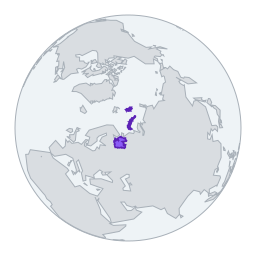 Arkhangel'sk highlighted on a globe, orthographic projection
{"feature_id": "RUS-2354", "entity_name": "Arkhangel'sk", "entity_type": "Region", "adm_level": 1, "iso_a3": "RUS", "parent_name": "Russia", "parent_adm1": "", "projection": "orthographic", "projection_center": [52.194, 71.252], "detail": "fine", "context": "on_globe", "style": "filled", "palette": "violet", "viewbox_px": 256, "rotation_deg": 0, "n_neighbors": 0, "source": "natural_earth", "source_scale": "10m", "svg_char_len": 16443}
<svg xmlns="http://www.w3.org/2000/svg" viewBox="0 0 256 256"><circle cx="128" cy="128" r="113" fill="#eef3f6" stroke="#a8b0b8"/><path d="M70.5,31.1L84.0,24.3L87.8,22.9L89.5,22.7L106.4,20.6L95.4,20.7L100.4,19.6L106.0,19.1L104.7,19.7L110.8,20.3L116.4,20.3L122.9,23.4L123.9,30.0L121.0,29.2L121.6,31.0L125.3,32.2L127.5,32.6L134.5,41.3L146.1,47.4L151.4,46.9L149.0,49.0L160.1,46.7L167.4,49.0L158.1,47.9L156.4,48.9L160.9,51.2L160.1,52.8L161.8,54.9L160.4,56.6L155.1,56.0L154.1,57.1L157.3,58.7L158.0,61.5L153.4,59.0L154.1,63.8L145.3,63.8L134.1,56.3L128.2,58.2L113.9,55.8L114.2,57.7L109.0,58.2L107.3,60.6L105.2,59.6L105.7,62.4L108.1,62.9L109.1,64.4L108.3,65.9L105.4,64.8L105.4,63.9L104.1,64.4L103.0,63.2L103.1,64.6L99.7,63.2L101.9,66.9L98.2,67.6L96.3,66.0L98.0,63.3L97.7,53.1L96.3,50.9L92.5,50.4L82.1,55.6L79.8,54.4L75.6,55.0L76.2,56.9L79.6,57.2L79.5,61.0L83.8,61.0L84.4,62.6L88.1,63.9L85.9,66.9L81.7,69.1L78.5,68.3L76.5,69.3L78.2,72.8L71.0,73.8L63.9,79.3L62.2,79.3L61.3,74.4L64.7,67.5L63.6,61.5L62.6,68.7L58.4,68.7L57.0,70.2L56.2,72.1L57.1,73.4L55.3,74.2L55.6,67.3L57.3,66.5L57.2,68.6L58.7,65.5L58.9,61.0L56.7,61.5L59.2,54.6L57.7,54.9L57.4,53.7L59.7,53.6L55.7,53.6L58.3,46.4L53.0,47.3L60.1,43.6L63.7,40.7L67.8,37.3L66.9,37.4L73.4,33.2L77.3,29.7L76.0,28.7L71.7,30.6L64.8,35.1L63.9,36.1L59.6,39.6L60.0,38.2L52.0,44.9L51.6,45.2L60.7,37.7L70.5,31.1ZM39.1,58.8L36.8,62.0L36.2,62.8L39.1,58.8ZM35.2,64.2L34.8,64.9L32.5,68.3L27.0,78.5L27.1,78.0L23.1,87.0L26.5,79.1L30.6,71.4L35.2,64.2ZM177.8,27.1L177.7,27.2L176.2,26.3L177.8,27.1ZM178.7,27.8L178.5,27.6L178.9,27.9L178.7,27.8ZM179.6,28.3L178.9,27.9L179.8,28.4L179.6,28.3ZM181.0,29.1L180.2,28.7L180.3,28.7L181.0,29.1ZM52.0,47.1L42.9,56.1L46.8,51.3L46.3,52.1L48.9,49.7L53.2,45.7L56.9,41.9L52.0,47.1ZM182.9,30.3L183.3,30.6L182.6,30.2L182.9,30.3ZM50.8,50.5L52.3,49.0L51.1,50.4L50.8,50.5ZM128.7,32.5L125.4,32.1L122.4,30.4L125.2,30.6L128.7,32.5ZM134.3,36.1L132.5,36.3L132.1,34.1L133.2,34.7L134.3,36.1ZM155.4,46.3L152.9,45.3L155.6,45.7L155.4,46.3ZM162.3,54.8L163.2,54.6L163.7,55.8L162.3,54.8ZM89.1,62.2L88.6,63.0L88.1,62.3L89.1,62.2ZM91.1,62.0L91.0,60.6L91.9,60.3L92.0,61.2L91.1,62.0ZM162.1,59.6L162.5,61.6L161.1,59.4L162.1,59.6ZM91.1,63.8L93.7,60.0L95.3,59.5L97.1,62.4L91.1,63.8ZM162.2,62.7L163.4,67.6L165.6,67.5L159.9,70.7L160.8,65.4L158.7,62.7L160.9,63.6L162.2,62.7ZM109.1,62.4L106.6,62.0L109.4,61.0L109.1,62.4ZM110.6,61.5L117.7,56.5L121.0,58.0L118.0,59.3L122.8,60.3L120.9,63.4L117.9,63.6L116.1,62.0L116.7,64.5L110.6,61.5ZM156.6,71.8L156.1,72.9L155.6,71.6L156.6,71.8ZM109.7,64.9L110.8,63.7L113.8,64.9L112.0,67.5L111.6,66.3L109.7,64.9ZM125.0,59.0L126.9,60.4L125.9,63.4L126.5,64.3L121.2,63.7L125.0,59.0ZM110.6,66.8L111.1,68.8L109.0,69.6L108.8,66.1L110.6,66.8ZM115.3,64.2L116.6,64.9L115.3,65.3L115.3,64.2ZM102.0,73.8L103.2,72.3L104.9,72.8L102.0,73.8ZM111.4,69.5L112.1,69.2L112.9,69.3L112.8,70.7L111.4,69.5ZM120.9,65.8L120.0,66.7L123.0,66.2L122.3,68.4L118.9,67.6L120.1,68.9L120.0,69.6L117.4,68.2L120.9,65.8ZM115.1,72.4L110.5,72.2L107.8,74.9L106.2,74.5L110.9,70.3L115.1,72.4ZM116.7,70.0L115.3,71.4L114.1,70.2L114.2,68.5L116.7,70.0ZM123.2,70.3L125.0,67.1L125.7,67.4L123.2,70.3ZM114.5,73.4L115.6,73.4L114.5,73.7L114.5,73.4ZM120.8,71.5L121.3,70.3L122.1,70.7L120.8,71.5ZM117.4,74.5L115.9,74.4L116.0,73.3L117.4,74.5ZM119.1,73.3L120.1,74.1L116.9,72.9L119.3,72.7L119.1,73.3ZM121.4,72.0L122.0,71.9L121.1,72.5L121.4,72.0ZM118.1,79.0L114.1,77.8L114.2,75.2L118.1,76.7L118.1,79.0ZM58.4,216.6L59.3,217.1L58.0,215.4L50.6,206.2L52.2,204.7L50.5,201.8L46.8,198.8L45.0,195.2L42.9,192.9L30.6,178.2L27.6,170.3L25.7,154.4L28.5,154.2L30.3,149.7L50.4,152.6L53.2,158.0L67.3,168.4L68.8,170.5L65.5,173.9L74.9,186.9L79.8,185.5L89.8,193.5L97.5,196.1L103.0,188.6L90.5,184.2L89.8,179.0L101.2,178.8L112.4,182.5L112.6,180.6L106.8,174.7L110.7,171.9L104.9,172.3L106.3,174.8L102.7,175.1L101.3,172.8L102.7,171.9L99.7,169.9L93.6,175.0L94.3,178.0L85.6,175.4L85.9,180.3L83.1,181.1L81.4,173.0L82.6,170.9L78.5,159.9L76.4,161.8L80.2,172.4L78.4,170.7L75.7,173.7L76.4,170.1L72.8,158.2L65.8,154.3L54.6,156.3L51.0,153.1L49.1,147.5L55.6,140.4L62.8,148.4L65.2,146.1L65.8,139.4L67.9,142.4L69.1,140.7L72.0,143.4L78.1,142.3L81.4,144.4L85.8,139.5L88.1,140.0L84.8,142.7L84.4,145.8L92.8,150.9L95.0,150.5L97.1,146.9L99.1,148.9L100.2,144.8L105.9,145.7L99.7,141.2L102.1,137.1L106.6,135.2L106.3,133.1L98.9,136.1L97.0,138.1L97.1,141.0L90.8,145.9L87.5,145.2L89.8,137.2L85.4,135.4L89.2,130.1L106.8,124.9L113.2,125.2L119.7,134.7L117.1,137.1L113.4,134.8L115.0,140.9L115.7,138.5L117.4,140.1L120.1,136.7L121.4,137.7L121.7,132.8L123.7,133.7L123.5,136.8L129.1,132.7L133.6,133.5L134.3,132.1L133.6,130.4L139.8,132.6L140.0,131.5L138.1,130.3L137.2,127.3L138.0,123.0L140.1,124.0L140.1,125.7L143.2,130.9L142.8,135.3L143.7,135.3L144.6,131.7L140.8,125.4L140.7,122.5L142.9,125.2L142.1,124.0L142.7,122.9L145.3,122.7L143.0,119.7L147.0,106.6L152.3,105.2L153.8,108.9L158.8,101.2L164.4,100.5L162.6,99.3L163.7,95.0L162.0,95.2L161.2,94.4L163.3,83.7L165.5,82.1L164.3,76.4L163.4,75.9L161.8,76.8L159.9,70.7L165.6,67.5L167.5,68.9L169.8,66.1L173.6,69.7L177.8,71.4L180.7,77.2L183.8,78.2L184.3,77.0L189.0,77.5L196.6,82.9L188.0,83.9L176.0,77.2L180.7,80.3L178.9,81.3L180.1,83.4L183.5,85.5L184.3,84.8L185.9,97.0L192.5,106.0L193.9,101.1L197.0,100.3L205.6,106.9L211.8,125.6L216.0,125.2L217.8,127.0L217.5,131.4L214.9,128.8L212.5,130.9L211.1,128.8L209.8,135.2L207.7,132.6L207.6,138.9L210.1,139.5L212.1,134.7L213.0,141.5L217.9,140.4L221.0,143.8L221.1,157.6L217.5,166.5L217.8,168.0L215.1,169.5L213.4,175.2L220.0,175.9L220.5,177.6L216.9,186.1L216.5,185.2L209.3,189.2L209.3,193.9L214.8,191.7L216.8,192.8L213.2,195.9L211.0,195.0L208.5,196.3L208.2,192.7L204.2,189.6L200.4,194.2L199.8,191.8L193.7,190.2L187.8,196.2L179.1,208.5L179.4,214.4L175.8,218.4L167.4,213.5L164.6,207.9L161.0,209.7L152.9,205.9L137.2,208.0L135.5,206.1L132.4,207.2L126.8,205.4L124.5,202.0L120.8,202.1L127.3,210.7L131.3,210.5L135.3,207.2L136.3,210.1L141.8,212.1L133.8,219.0L111.4,223.0L110.1,218.3L98.0,200.7L98.9,199.0L98.9,198.8L98.8,198.4L96.7,200.9L95.0,197.0L100.4,209.8L100.9,214.2L111.0,223.2L109.8,223.6L113.4,225.4L125.9,224.8L125.8,226.1L119.3,231.4L102.8,234.5L105.5,237.4L105.3,238.2L100.3,237.2L91.3,234.5L82.5,231.1L74.1,226.9L66.1,222.1L58.4,216.6ZM41.8,156.0L40.9,157.2L41.8,156.0ZM123.3,190.3L130.7,191.0L129.1,185.0L131.8,184.8L130.2,182.8L128.9,184.5L125.4,179.0L129.2,177.4L129.1,174.5L126.7,174.2L120.3,178.2L125.3,186.0L122.9,188.3L123.3,190.3ZM26.8,78.8L26.0,80.4L26.8,78.7L26.8,78.8ZM46.6,50.9L45.0,52.8L44.0,53.8L45.1,52.5L46.6,50.9ZM34.9,67.0L33.3,69.4L34.6,67.1L34.9,67.0ZM41.7,57.6L36.0,65.1L38.6,60.8L42.2,56.2L40.1,59.1L41.7,57.6ZM50.2,49.8L49.1,51.0L49.0,50.7L50.2,49.8ZM49.9,51.5L50.3,51.1L51.1,50.5L49.9,51.5ZM58.4,69.1L58.3,69.7L57.2,71.6L57.1,70.6L58.4,69.1ZM56.3,81.4L53.4,82.4L55.4,80.9L54.6,79.5L57.8,74.8L61.5,79.1L59.3,77.9L56.3,81.4ZM63.1,69.8L60.6,72.2L63.2,69.4L63.1,69.8ZM72.4,129.0L72.7,131.4L70.6,132.7L66.4,130.3L69.4,128.4L72.4,129.0ZM73.7,134.6L77.1,127.5L79.9,128.8L77.7,129.2L79.2,130.8L76.2,132.0L75.4,140.3L73.5,142.0L66.8,136.4L70.0,137.3L69.5,134.8L73.7,134.6ZM81.2,108.1L82.8,105.3L86.7,111.7L84.8,113.5L80.5,111.2L80.2,107.6L81.2,108.1ZM93.7,69.7L94.0,68.4L94.8,68.7L95.2,70.0L93.7,69.7ZM102.4,73.1L93.0,75.7L93.0,74.3L87.6,77.6L85.3,75.3L88.8,73.3L83.0,74.0L85.3,71.2L81.4,72.2L89.5,67.8L91.4,65.4L90.2,68.9L92.3,71.1L93.8,71.3L99.2,70.1L104.2,66.1L107.0,67.7L107.7,69.9L107.0,71.1L105.4,69.7L105.5,72.3L102.6,71.2L102.4,73.1ZM114.4,96.0L112.8,93.6L112.6,99.2L109.7,97.9L109.9,98.6L107.1,99.0L104.1,100.7L103.0,99.6L102.3,100.8L100.4,101.1L99.1,102.3L96.6,100.9L94.8,102.3L94.7,100.8L92.2,103.6L92.9,100.9L90.7,101.1L91.1,103.6L81.2,93.5L76.5,91.6L72.1,91.5L74.1,87.0L79.4,84.2L86.1,83.1L90.3,85.7L90.4,83.3L92.5,83.8L91.6,85.5L94.3,83.2L95.7,84.2L101.7,83.5L104.7,79.7L106.9,79.5L106.5,81.4L109.0,79.8L109.7,83.2L111.3,83.1L113.6,86.5L111.8,90.4L113.7,90.0L115.5,92.6L114.4,96.0ZM118.6,80.0L117.1,84.8L114.8,86.5L111.8,80.0L110.2,79.6L108.2,75.5L111.7,73.2L111.9,74.6L113.0,75.4L111.5,75.8L113.5,76.0L113.9,77.9L115.5,78.7L114.6,80.0L118.6,80.0ZM71.5,170.3L72.8,171.5L75.2,172.8L73.5,174.7L71.5,170.3ZM68.9,162.2L70.2,162.9L69.0,166.1L67.6,164.9L68.9,162.2ZM72.0,160.5L70.4,162.6L70.5,160.8L72.0,160.5ZM86.2,143.1L87.8,143.6L87.5,144.6L86.2,145.4L86.2,143.1ZM113.2,112.7L112.7,110.9L113.4,110.6L114.5,106.7L116.8,107.4L117.0,110.0L113.2,112.7ZM100.3,189.5L97.5,190.4L96.6,189.2L97.7,189.1L100.3,189.5ZM84.4,183.0L87.5,185.7L83.9,183.5L84.4,183.0ZM115.9,112.8L116.1,111.1L117.1,112.5L115.9,112.8ZM118.5,107.7L119.8,109.1L117.2,107.0L118.5,107.7ZM112.7,239.6L113.4,239.6L119.5,240.0L122.2,239.7L124.7,240.4L122.6,240.5L112.7,239.6ZM227.7,180.3L220.6,191.9L217.5,195.8L218.5,194.3L223.5,187.3L227.7,180.3ZM218.2,194.6L213.2,199.4L204.6,202.1L207.7,199.4L216.3,194.1L215.8,195.2L218.9,192.7L218.2,194.6ZM229.5,175.1L229.0,177.3L225.2,183.6L223.4,186.3L222.2,186.2L222.9,184.1L224.5,181.8L229.3,168.5L231.2,166.1L230.0,170.8L231.5,169.4L229.5,175.1ZM180.0,214.7L183.0,216.2L180.9,217.8L180.0,214.7ZM230.3,161.5L229.0,167.4L229.9,161.2L230.3,161.5ZM230.3,156.8L230.8,157.6L229.7,158.2L230.3,156.8ZM218.6,169.7L217.0,172.4L216.5,171.6L218.3,167.8L218.6,169.7ZM223.3,146.6L224.9,149.2L225.2,150.6L223.7,150.3L223.3,146.6ZM135.4,117.2L131.3,121.8L129.9,125.7L131.5,128.9L127.6,126.5L129.7,120.4L135.4,117.2ZM145.3,107.8L143.9,105.1L145.6,105.0L146.2,105.6L145.3,107.8ZM143.7,107.1L139.9,106.2L139.8,103.9L142.9,105.0L143.7,107.1ZM127.8,109.5L126.4,110.8L125.6,109.6L127.8,109.5ZM238.8,148.3L238.7,148.7L239.3,145.1L238.3,150.2L239.5,143.7L239.6,143.0L238.8,148.3ZM236.5,157.9L236.4,158.5L236.0,159.7L236.5,157.9ZM238.2,151.5L237.0,156.4L237.1,155.7L238.2,151.5L238.2,151.5ZM232.4,167.8L232.9,167.6L234.6,162.9L233.3,166.9L234.1,165.6L233.6,167.1L232.9,168.2L232.1,170.9L231.4,172.6L231.2,172.1L232.2,168.5L232.9,165.9L235.7,158.2L232.4,167.8ZM237.2,154.5L236.9,154.6L237.1,152.9L237.5,152.2L237.2,154.5ZM235.3,155.2L233.8,156.7L232.8,160.1L234.3,152.2L235.6,152.0L235.3,155.2ZM233.3,154.3L232.5,157.5L233.0,153.5L233.3,154.3ZM232.0,157.6L231.4,156.8L232.3,154.9L232.0,157.6ZM233.8,153.0L233.2,150.5L234.0,150.6L233.8,153.0ZM229.7,154.9L232.5,152.5L229.7,157.4L227.4,153.5L228.4,151.0L229.7,154.9ZM221.6,122.8L220.1,122.0L220.4,119.3L221.3,120.6L221.6,122.8ZM220.1,110.1L220.0,118.3L219.7,125.0L220.8,124.0L222.6,127.6L219.8,127.9L218.5,121.5L219.1,116.8L217.2,114.1L216.4,109.6L213.5,107.7L212.5,105.2L215.3,105.6L220.1,110.1ZM212.2,107.1L206.9,102.5L208.4,98.5L209.9,98.7L211.7,102.4L210.8,104.3L212.2,107.1ZM206.0,100.2L205.1,102.0L195.3,99.5L193.6,98.1L201.9,97.7L201.4,99.4L203.6,100.7L206.0,100.2ZM157.3,73.2L156.2,72.9L157.2,72.3L157.3,73.2ZM160.2,94.6L159.3,93.3L160.5,92.6L160.2,94.6ZM157.5,89.5L156.8,91.1L156.7,88.9L157.5,89.5ZM155.3,95.0L156.0,91.6L156.5,95.5L155.3,95.0Z" fill="#d9dde1" stroke="#a8b0b8" stroke-width="1"/><path d="M114.6,140.5L115.3,141.1L116.0,140.7L115.9,140.3L116.0,140.1L115.5,140.0L115.0,139.1L115.0,138.7L115.4,138.7L115.4,138.4L116.6,139.3L116.3,139.3L116.2,139.6L116.6,139.3L117.4,140.0L117.7,140.0L117.7,139.8L117.9,140.1L118.2,140.2L118.2,139.8L118.3,139.8L117.9,138.5L118.0,138.2L118.9,137.5L119.7,137.2L120.2,136.6L120.5,136.9L120.4,137.0L121.0,137.0L121.3,137.4L120.9,137.6L121.0,137.7L121.1,137.9L121.0,137.7L121.4,137.5L121.6,138.2L121.6,137.5L121.8,137.1L123.9,138.5L124.4,138.5L124.8,137.9L125.5,138.0L125.4,139.7L125.9,139.7L126.2,140.5L126.6,140.7L126.4,141.2L125.8,141.0L124.8,141.7L124.5,141.4L123.3,141.4L122.2,141.6L123.3,142.5L123.5,142.9L123.4,143.3L123.9,143.7L123.4,144.3L123.6,145.6L124.4,145.4L124.6,144.6L125.7,144.6L125.1,146.6L125.4,146.9L125.3,147.6L124.5,147.8L124.4,148.2L123.6,147.8L123.3,147.8L123.0,148.1L122.6,147.7L122.0,147.7L121.9,147.4L121.6,147.3L121.4,147.9L120.3,147.4L119.7,147.9L118.6,147.7L118.2,147.4L117.7,147.4L117.6,147.8L117.1,147.4L116.3,147.5L116.0,147.3L115.6,147.4L115.4,147.0L115.1,147.2L114.6,145.9L114.7,145.2L115.0,144.6L114.9,144.1L114.6,144.1L114.9,143.6L114.9,143.3L114.1,142.7L114.0,142.2L113.9,141.1L114.5,141.1L114.6,140.5ZM130.5,121.1L129.9,121.0L130.3,120.7L129.8,120.4L129.9,120.1L130.2,120.4L130.4,119.8L130.8,119.9L130.6,119.5L131.2,118.8L131.9,118.4L131.7,118.3L131.8,118.2L132.1,118.1L131.9,118.4L132.0,118.4L132.2,118.1L132.1,117.8L132.8,117.9L133.5,117.5L134.0,116.9L134.3,116.9L134.1,116.7L134.7,115.8L135.1,115.8L135.5,116.2L135.3,117.1L133.5,118.7L132.7,119.5L132.6,119.8L132.5,119.7L132.3,120.3L131.9,120.4L132.3,120.5L132.1,120.7L132.2,120.8L131.8,120.8L132.0,121.0L131.9,121.2L131.6,120.9L131.7,121.1L131.7,121.5L131.1,121.3L131.4,121.6L131.5,121.9L131.3,122.0L131.2,122.1L131.2,122.5L130.9,122.1L130.7,122.3L131.1,122.6L131.1,122.8L131.1,123.0L130.8,122.8L130.4,122.7L130.8,122.8L131.0,123.1L130.9,123.4L130.5,123.1L130.8,123.5L130.6,123.8L130.6,124.0L130.2,123.9L130.1,123.6L130.1,123.9L129.5,123.6L129.2,123.9L129.3,123.3L129.7,123.1L129.2,123.4L128.8,123.1L129.4,122.6L129.5,122.2L130.0,122.3L129.5,122.0L129.9,122.0L129.6,121.8L129.7,121.7L130.2,121.6L129.8,121.5L129.7,121.3L130.5,121.1ZM127.5,126.9L127.6,126.3L128.1,126.4L128.2,126.2L128.4,125.8L128.3,125.6L128.5,125.3L128.3,125.3L128.6,125.3L128.1,125.1L128.7,124.8L128.5,124.6L128.5,124.4L128.6,124.1L129.1,124.0L129.5,123.7L130.4,124.0L130.5,124.2L130.1,124.4L130.4,124.4L130.4,124.5L130.0,124.6L130.3,124.5L130.3,124.8L129.9,124.9L130.2,125.1L130.0,125.4L129.8,125.3L130.0,125.5L129.7,125.6L129.9,125.6L129.9,125.9L130.0,126.1L129.8,126.6L130.0,126.7L130.5,127.9L131.5,128.9L131.4,128.9L131.5,128.9L131.4,129.1L131.0,129.0L131.3,129.2L130.6,129.0L130.9,129.2L130.8,129.3L130.1,128.9L130.1,129.1L129.9,129.3L129.5,128.8L129.7,129.2L128.9,128.9L128.7,128.8L129.0,128.8L128.8,128.3L129.3,128.2L128.8,128.0L129.1,127.6L128.8,127.9L128.7,127.6L128.8,127.4L128.4,127.7L128.2,127.2L128.1,127.6L128.0,127.3L128.1,127.6L127.8,127.6L127.6,127.4L127.5,126.9ZM127.8,109.5L127.6,109.8L127.2,109.9L127.2,110.1L126.9,110.1L126.8,110.3L127.0,110.5L126.8,110.4L126.7,110.7L126.6,110.4L126.3,110.5L126.2,110.2L126.7,110.2L126.4,109.9L127.0,109.8L127.2,109.5L127.0,109.4L127.4,109.0L127.5,109.1L127.3,109.2L127.6,109.1L127.4,109.4L127.8,109.5ZM131.1,109.0L131.2,109.4L130.9,109.9L130.4,109.9L130.3,109.7L130.2,109.5L130.3,109.1L131.1,109.0ZM131.2,109.0L131.6,108.6L131.6,108.2L131.9,108.2L132.1,108.6L131.5,109.2L131.2,109.0ZM126.5,109.7L126.0,109.9L126.0,109.7L125.7,109.5L126.5,109.2L126.9,109.6L126.6,109.3L126.4,109.5L126.5,109.7ZM129.8,110.5L129.5,109.9L130.3,110.1L130.0,110.1L130.0,110.3L129.8,110.5ZM129.0,109.0L128.7,108.9L128.8,108.7L129.2,108.8L129.7,109.3L129.5,109.5L129.4,109.2L129.0,109.0ZM129.2,110.6L129.3,110.1L129.6,110.1L129.7,110.4L129.6,110.7L129.2,110.6ZM129.0,108.5L129.0,108.4L129.3,108.4L129.2,108.1L129.3,108.1L129.7,108.3L129.0,108.5ZM128.6,110.3L128.0,110.3L128.3,110.1L128.6,110.3ZM130.4,108.8L130.6,108.6L130.9,108.5L130.7,108.9L130.4,108.8ZM129.6,109.1L129.4,108.8L129.2,108.7L129.9,109.0L129.6,109.1ZM129.9,108.0L129.3,108.0L129.6,107.8L129.9,108.0ZM129.2,109.3L128.9,109.5L128.6,109.3L129.2,109.3ZM128.7,128.1L128.5,128.6L128.0,127.9L128.3,127.7L128.7,128.1ZM130.0,107.2L129.6,107.5L129.7,107.2L130.0,107.2ZM129.3,109.6L129.0,109.5L129.5,109.5L129.3,109.6ZM130.6,110.7L130.2,110.7L130.5,110.5L130.6,110.7ZM131.2,107.5L130.8,107.4L131.3,107.3L131.2,107.5ZM130.0,109.3L129.8,109.2L130.1,109.1L130.0,109.3ZM127.6,110.7L127.8,111.0L127.3,110.9L127.6,110.7ZM130.0,108.7L129.9,108.9L129.7,108.8L129.8,108.6L130.0,108.7ZM127.4,110.5L127.2,110.7L127.4,110.5ZM128.5,109.9L128.5,109.7L128.7,109.9L128.5,109.9ZM130.0,108.3L129.9,108.2L130.1,108.2L130.0,108.3ZM129.4,108.5L129.7,108.4L129.8,108.4L129.4,108.5ZM127.5,108.8L127.4,108.7L127.6,108.7L127.4,108.9L127.5,108.8ZM118.2,140.1L117.9,140.1L117.9,139.9L117.7,139.8L118.0,139.8L118.1,140.0L118.2,140.1ZM129.1,110.2L129.0,110.4L128.9,110.3L129.0,110.2L129.1,110.2ZM128.8,109.9L128.8,110.1L128.7,110.1L128.8,109.9ZM128.7,110.3L128.7,110.5L128.6,110.3L128.7,110.3ZM118.1,140.0L117.9,139.7L118.1,139.7L118.1,140.0ZM130.5,108.2L130.5,108.3L130.3,108.2L130.5,108.2ZM128.9,110.0L128.8,109.9L128.9,110.0ZM130.2,110.8L130.3,110.9L130.1,110.9L130.2,110.8ZM130.7,107.5L130.8,107.6L130.7,107.5ZM120.5,136.2L120.6,136.4L120.5,136.2L120.5,136.2ZM130.1,108.4L130.3,108.5L130.0,108.4L130.1,108.4ZM129.8,107.7L129.7,107.7L129.9,107.6L129.8,107.7ZM131.1,118.7L131.4,118.5L131.1,118.7L131.1,118.7ZM131.0,129.2L131.3,129.3L131.2,129.3L131.0,129.2ZM128.9,110.0L129.0,110.0L128.9,110.0ZM128.7,127.8L128.8,127.9L128.6,127.8L128.7,127.8Z" fill="#8b5cf6" stroke="#5b21b6" stroke-width="1.5"/></svg>